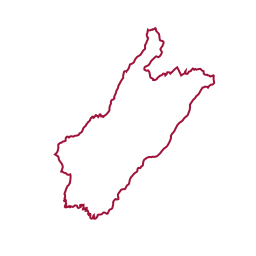 Útica, Cundinamarca, Colombia, rotated 210°
{"feature_id": "7082276B79579066733187", "entity_name": "Útica", "entity_type": "district", "adm_level": 2, "iso_a3": "COL", "parent_name": "Colombia", "parent_adm1": "Cundinamarca", "projection": "equal_earth", "projection_center": [-74.472, 5.191], "detail": "fine", "context": "isolated", "style": "outline", "palette": "rose", "viewbox_px": 256, "rotation_deg": 210, "n_neighbors": 0, "source": "geoboundaries", "source_scale": "gbopen_adm2", "svg_char_len": 5804}
<svg xmlns="http://www.w3.org/2000/svg" viewBox="0 0 256 256"><g transform="rotate(210 128 128)"><path d="M110.9,33.2L110.5,34.0L110.4,34.9L110.3,36.3L110.7,37.2L110.7,37.5L110.2,38.2L108.1,39.7L107.7,40.1L107.1,42.3L106.8,42.7L106.2,43.0L105.0,43.2L103.5,43.1L102.9,43.6L102.9,45.3L103.2,47.0L103.1,47.5L102.8,48.5L102.0,49.3L101.5,50.6L102.5,54.2L103.8,56.4L103.9,57.7L103.4,60.0L103.2,60.2L101.9,60.5L101.2,61.1L100.8,61.8L101.6,63.0L102.6,63.9L103.4,65.2L103.5,66.0L103.5,67.5L103.3,68.2L103.1,70.7L102.9,71.3L102.0,72.3L100.2,73.5L100.0,74.0L100.2,76.0L100.1,77.8L99.3,79.6L99.3,80.5L100.5,83.9L100.8,86.1L100.8,87.0L100.2,89.2L100.1,90.5L99.7,92.1L98.5,94.4L98.5,95.8L99.2,97.1L99.2,98.2L99.0,98.6L97.4,99.4L97.2,99.9L97.3,101.3L96.8,102.0L96.5,102.6L96.6,103.4L97.9,106.5L98.1,108.2L98.0,108.8L97.4,110.1L96.9,111.4L95.6,113.0L94.8,113.7L93.0,114.5L92.6,115.2L90.2,116.6L89.0,117.8L88.3,119.3L87.7,121.8L87.4,122.4L87.3,124.5L86.5,128.3L85.3,130.9L85.0,132.9L85.1,136.7L85.6,140.3L86.3,141.9L86.9,142.4L87.0,143.3L86.9,145.2L86.6,146.5L86.3,148.5L86.5,150.3L86.7,155.1L86.2,157.8L84.4,161.8L84.4,163.1L84.0,165.5L82.9,168.0L82.8,169.6L83.7,174.9L84.2,175.7L84.6,177.0L86.0,179.2L85.7,184.5L84.8,187.9L84.9,189.4L84.4,190.5L84.3,191.4L83.9,192.0L83.7,193.9L83.8,196.5L83.7,200.2L82.8,200.9L82.4,201.9L81.9,202.3L79.9,203.3L78.8,202.9L78.7,203.1L78.9,203.5L78.9,204.2L78.5,205.5L77.8,207.0L76.7,207.7L76.3,208.5L75.9,210.1L78.4,213.2L79.4,215.0L79.6,215.8L80.1,216.3L80.4,216.3L82.0,214.2L82.5,213.7L83.6,214.1L85.1,213.5L86.0,213.7L87.3,212.9L88.1,212.7L89.1,212.8L89.6,213.0L91.0,215.0L91.7,214.8L92.7,214.8L94.9,215.4L96.3,214.4L97.8,212.8L99.1,212.8L99.8,211.5L100.0,211.5L100.5,212.0L101.6,211.9L102.1,209.8L102.1,208.7L103.4,207.3L103.5,204.9L103.8,204.5L104.7,204.0L105.2,204.0L106.1,204.8L106.6,206.1L106.7,205.4L106.3,203.7L107.2,202.0L107.8,201.3L108.2,200.1L113.6,203.8L115.8,205.1L117.1,201.7L117.5,199.6L118.5,196.3L119.0,196.7L119.7,197.0L121.8,195.9L121.5,194.1L122.0,192.2L123.2,193.4L124.7,192.7L125.1,190.8L126.5,189.1L126.8,188.3L126.9,187.7L127.5,186.4L127.5,185.1L127.9,184.1L128.9,182.8L130.3,182.2L130.5,182.9L130.9,183.1L133.2,182.9L134.2,183.3L134.7,183.8L135.9,185.4L137.5,187.1L138.7,187.7L139.3,187.9L139.6,187.8L140.2,187.1L140.8,186.8L141.5,186.7L142.8,186.7L143.2,187.0L143.6,187.6L143.9,188.8L143.7,189.7L141.9,192.2L141.5,193.0L141.4,194.8L141.4,197.4L141.3,198.2L139.7,203.6L139.5,204.0L139.0,204.3L137.4,204.4L137.1,204.6L136.4,205.9L136.2,207.1L136.2,209.4L136.4,210.1L136.6,210.6L137.0,211.0L139.0,212.1L139.4,212.6L139.4,213.8L139.2,216.4L139.6,219.1L140.1,220.2L140.6,220.5L141.6,220.6L143.2,220.1L144.0,220.0L144.5,220.2L145.9,222.0L146.9,223.4L148.2,224.9L152.2,226.2L153.5,227.8L153.9,228.0L154.4,227.6L154.5,227.7L155.0,226.4L155.7,226.0L155.5,225.8L155.7,225.5L156.8,224.7L157.9,223.4L158.9,222.9L159.8,223.0L159.5,222.3L159.4,221.5L159.1,220.9L158.7,219.8L158.7,218.9L158.2,217.8L157.7,217.2L156.6,216.5L156.5,216.2L155.7,216.1L155.7,215.6L155.3,215.0L155.1,214.1L155.1,213.1L154.6,210.2L154.7,208.1L153.5,206.4L152.8,204.9L153.3,203.6L153.6,202.0L153.7,197.9L154.6,195.9L155.5,194.4L155.8,193.5L156.1,191.0L155.8,187.9L155.9,187.3L156.3,186.4L158.1,183.9L157.5,181.8L157.4,180.5L157.2,179.8L157.2,179.1L157.7,176.4L157.6,176.0L158.3,176.1L158.9,175.8L159.4,175.3L159.5,174.6L158.5,171.3L157.2,168.9L157.4,167.5L157.5,166.2L157.5,163.2L157.3,162.6L157.5,161.3L157.3,160.3L157.4,159.4L156.7,157.9L156.6,154.3L155.9,151.6L155.7,148.9L155.3,147.6L154.7,147.1L154.6,146.8L154.9,145.6L155.4,144.9L156.0,144.3L156.1,143.4L155.9,142.0L154.9,140.5L154.9,139.4L154.6,137.4L153.8,135.6L153.0,134.3L152.9,133.3L153.0,131.9L153.6,128.7L154.7,126.6L154.8,125.4L155.0,125.1L156.0,125.6L157.1,124.6L158.4,125.9L159.1,125.9L159.3,125.2L159.2,123.8L159.3,122.6L160.5,123.1L161.5,122.7L161.9,123.2L162.2,123.2L162.4,122.8L162.5,121.1L162.9,119.5L163.3,119.5L163.4,120.2L163.6,120.4L164.6,119.9L164.6,119.0L165.2,117.8L164.8,115.8L164.9,114.5L165.6,112.8L165.5,111.5L165.9,110.4L165.8,109.4L165.7,108.9L166.0,108.1L166.6,105.7L166.6,105.1L166.2,103.8L166.1,101.9L166.3,100.7L167.1,99.4L167.3,98.6L167.3,97.2L168.8,95.6L170.0,94.8L171.1,93.2L171.7,92.9L172.5,92.8L173.6,92.1L174.0,91.4L174.0,90.8L174.4,90.3L174.7,90.1L175.3,90.4L176.0,90.4L176.6,89.7L176.9,88.7L176.8,88.1L175.7,85.7L176.5,84.7L177.6,83.7L178.4,81.9L179.2,81.2L179.5,80.7L180.1,79.0L180.0,78.6L178.3,75.8L177.5,73.3L177.3,71.9L177.3,71.1L178.0,68.6L174.7,68.5L174.0,68.3L173.3,67.6L172.3,66.4L171.4,65.6L167.9,64.1L166.3,63.1L165.2,61.9L164.8,61.1L164.2,58.4L164.2,57.1L164.0,56.8L162.7,57.4L160.9,57.3L159.0,57.8L157.8,57.4L156.9,57.4L155.6,58.1L154.8,59.0L153.8,57.9L152.4,55.2L151.4,52.9L151.4,52.3L150.8,51.5L150.9,48.7L151.4,47.3L151.1,45.2L151.1,44.0L150.8,43.2L150.6,41.9L150.4,41.3L150.5,41.0L150.3,40.0L149.9,38.9L149.1,38.6L148.0,37.0L147.8,35.3L147.0,34.5L147.0,33.0L146.5,32.9L145.9,33.1L145.9,33.3L146.3,34.3L146.2,34.6L145.5,34.1L144.5,32.2L143.6,31.5L143.8,30.2L143.8,29.7L143.7,29.6L143.0,29.9L142.8,29.7L143.4,28.4L143.3,28.1L142.4,28.0L141.9,28.4L141.1,29.1L140.7,30.2L140.5,30.3L139.4,30.1L138.9,30.2L138.8,30.3L139.4,31.0L139.3,31.4L137.3,31.7L136.4,32.0L136.0,32.6L135.2,34.5L134.8,34.7L133.3,35.1L131.7,33.9L130.8,34.0L129.8,35.5L129.3,36.6L129.5,36.8L130.5,36.9L130.9,37.1L130.9,37.4L129.5,38.5L128.6,38.6L128.1,39.2L127.3,37.8L126.7,37.1L126.6,35.2L126.4,34.9L126.0,35.1L125.5,35.6L125.1,36.2L124.3,37.8L123.8,38.2L123.6,37.9L123.5,36.4L123.2,35.1L122.7,35.4L122.2,36.4L121.8,36.4L119.9,35.0L119.6,34.2L119.7,33.7L118.6,33.1L117.9,34.6L117.7,34.7L116.8,33.4L116.4,32.3L115.8,31.6L115.2,31.2L114.4,31.2L114.0,31.5L113.8,31.9L113.6,32.7L113.8,33.7L114.1,35.0L114.0,35.4L113.6,34.8L112.9,34.4L112.9,32.7L112.1,32.5L110.9,33.2Z" fill="none" stroke="#9f1239" stroke-width="2"/></g></svg>